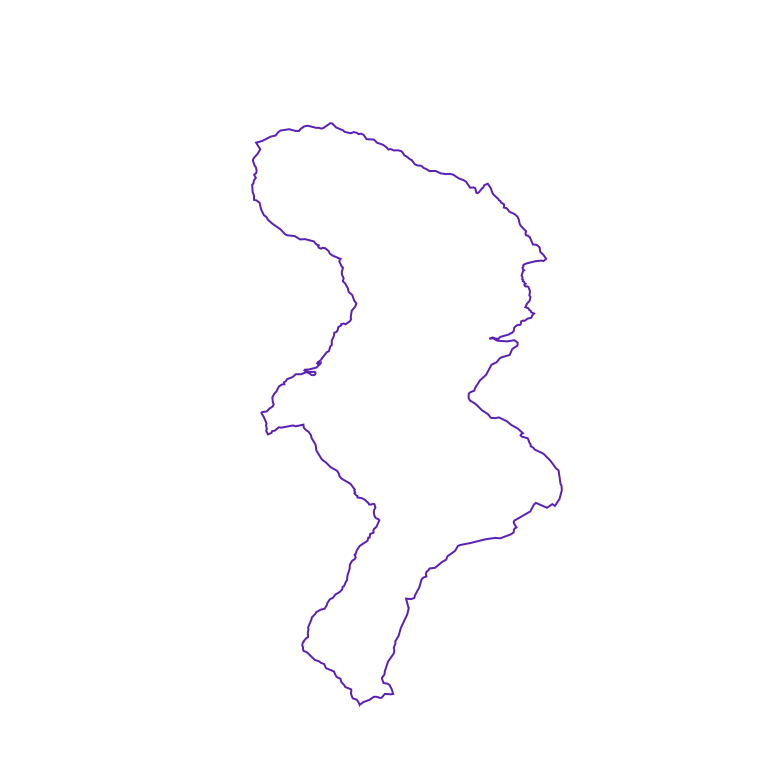 the district of Pamplona, Norte de Santander, Colombia, rotated 60°
{"feature_id": "7082276B8319460942471", "entity_name": "Pamplona", "entity_type": "district", "adm_level": 2, "iso_a3": "COL", "parent_name": "Colombia", "parent_adm1": "Norte de Santander", "projection": "mercator", "projection_center": [-72.675, 7.367], "detail": "fine", "context": "isolated", "style": "outline", "palette": "violet", "viewbox_px": 768, "rotation_deg": 60, "n_neighbors": 0, "source": "geoboundaries", "source_scale": "gbopen_adm2", "svg_char_len": 6165}
<svg xmlns="http://www.w3.org/2000/svg" viewBox="0 0 768 768"><g transform="rotate(60 384 384)"><path d="M569.6,585.6L571.4,585.7L573.3,586.8L575.1,587.1L577.5,585.0L588.3,581.9L591.5,579.0L594.1,578.0L596.5,575.9L601.1,576.3L607.9,571.1L612.9,571.6L614.6,571.2L617.3,569.1L620.6,570.0L625.0,569.0L627.1,569.0L631.8,565.3L632.9,565.4L635.8,567.5L639.8,568.2L640.9,568.0L643.7,565.5L647.3,565.2L649.7,565.5L649.2,564.7L649.6,563.5L649.1,561.2L650.3,554.2L649.8,549.2L651.3,546.6L653.9,544.4L654.5,542.8L652.8,538.3L656.3,533.0L657.0,531.0L651.8,529.9L647.3,529.7L645.3,530.8L642.7,533.9L638.4,533.2L637.4,532.5L635.6,528.6L633.3,527.0L626.4,519.3L622.3,510.4L620.0,508.3L617.4,507.5L614.6,504.0L612.4,502.7L609.4,497.3L603.8,491.5L595.1,479.0L590.2,474.4L589.3,474.5L580.9,472.2L583.8,468.2L584.5,464.8L582.3,462.6L578.0,455.4L571.8,448.9L571.3,446.5L571.9,443.5L569.5,442.8L567.8,441.0L567.7,439.0L566.5,436.8L568.7,431.7L567.2,423.0L567.2,417.9L565.0,415.4L564.0,405.8L561.2,401.0L561.5,398.6L564.9,388.8L569.3,373.5L573.0,364.4L575.8,360.5L577.6,349.4L577.4,346.0L575.1,344.2L574.5,343.1L574.5,341.0L569.6,341.1L568.3,340.6L567.5,339.4L567.5,321.1L563.4,314.4L562.9,311.9L572.7,304.7L572.2,298.3L575.0,296.9L571.4,289.6L565.0,283.2L561.1,281.2L558.9,281.1L546.0,276.0L543.2,277.2L533.7,278.2L524.0,280.8L516.4,286.1L513.8,286.6L511.0,288.1L509.4,287.2L507.4,287.4L502.9,286.6L498.5,291.0L496.7,291.4L496.1,290.2L496.1,288.3L489.8,290.3L483.0,294.3L477.5,296.3L470.4,301.2L469.2,304.7L467.1,308.0L466.1,308.5L462.4,308.9L455.7,312.3L447.2,314.6L441.3,317.8L439.0,317.8L437.0,317.0L434.7,315.2L434.3,313.3L434.9,309.1L433.0,307.1L428.8,299.0L427.1,291.0L421.0,281.2L421.5,275.7L419.7,271.0L419.6,269.0L421.7,260.7L417.8,255.4L417.5,249.2L415.0,247.6L411.3,249.2L408.7,256.0L403.7,263.5L402.4,264.8L399.0,266.6L397.4,270.2L398.0,266.7L400.8,264.3L402.1,262.2L401.4,259.7L403.6,250.8L403.3,249.3L403.8,248.1L403.0,245.2L400.4,243.1L399.9,241.6L399.6,239.3L400.9,236.1L398.3,233.7L398.6,231.8L399.6,230.8L399.2,226.9L400.3,223.3L398.7,221.3L398.0,218.8L395.4,220.7L394.1,220.3L392.3,221.2L390.6,221.1L388.2,223.2L385.8,219.7L384.8,216.4L382.0,213.7L379.9,213.8L376.8,211.2L372.3,210.4L371.0,211.2L370.3,212.7L369.3,213.0L368.3,212.8L368.0,211.3L367.0,211.9L365.4,211.6L364.3,212.3L363.6,211.5L362.4,211.9L361.0,210.8L358.8,210.6L355.7,207.0L355.6,205.8L354.3,206.3L352.4,205.8L352.0,204.6L350.5,203.6L350.8,200.4L353.3,191.8L355.7,186.2L357.3,184.3L356.7,181.0L352.4,181.3L347.8,182.6L343.4,180.9L339.9,182.2L337.5,185.3L329.9,184.3L327.4,185.3L326.2,186.7L324.6,186.4L322.8,184.6L315.4,186.5L313.1,186.4L308.4,184.9L305.7,184.8L302.4,185.8L297.4,189.3L293.3,189.8L291.1,192.0L289.1,190.4L288.1,190.3L285.4,192.0L283.8,191.7L282.3,192.6L281.0,192.5L274.7,194.5L272.6,194.6L268.1,193.6L262.4,194.0L262.0,197.7L263.5,199.8L263.7,201.6L265.4,205.8L265.4,207.8L264.5,208.4L260.1,207.1L258.6,208.1L257.0,211.3L249.7,211.8L246.8,213.5L243.4,216.4L237.2,219.5L234.9,221.9L233.3,225.3L229.8,229.7L225.3,232.8L222.3,238.2L219.1,239.8L216.8,241.6L214.0,242.5L212.7,243.7L211.7,245.5L209.3,247.4L203.8,248.1L202.4,249.2L199.2,250.2L196.1,252.1L192.9,252.1L191.0,252.6L188.6,255.0L186.6,258.8L184.0,260.6L183.1,263.0L181.0,263.2L176.4,265.2L171.5,269.4L167.3,270.5L163.2,276.7L157.9,277.1L155.5,279.0L155.0,281.0L153.0,281.9L150.7,284.3L150.2,287.5L145.9,292.1L144.0,292.5L137.9,297.2L132.4,298.6L131.9,299.1L131.3,300.3L132.0,308.5L131.5,310.5L129.5,312.4L128.4,314.5L122.2,320.9L121.0,324.4L121.5,329.1L122.4,331.1L120.5,334.2L115.9,338.8L112.8,346.8L113.0,349.6L114.6,353.6L113.1,358.5L112.7,367.8L111.0,374.1L118.8,373.8L121.2,377.8L123.5,384.4L125.0,385.8L129.7,386.8L132.2,386.6L135.2,387.5L137.3,389.0L138.0,391.9L141.4,391.9L142.7,394.9L145.0,396.8L145.5,398.5L152.3,401.9L155.6,402.3L159.6,404.5L161.4,402.5L164.9,401.1L171.2,403.1L177.8,403.6L180.4,402.4L183.7,402.4L189.4,400.5L198.3,396.3L204.5,394.9L206.8,393.5L211.3,387.3L216.8,384.4L219.1,379.9L225.5,373.4L229.4,372.8L231.3,371.2L232.1,372.3L233.8,372.1L235.5,370.6L235.3,369.2L237.0,367.0L241.2,365.5L244.0,365.7L247.1,364.3L254.0,359.1L254.3,360.2L255.5,361.4L261.0,361.9L262.8,361.4L266.0,364.6L268.3,365.7L272.3,366.1L274.4,368.3L277.2,367.4L282.8,367.4L286.7,368.6L291.0,367.0L296.9,368.1L300.3,367.6L302.6,370.2L304.4,375.3L309.6,379.5L311.4,380.1L312.5,381.9L313.1,387.5L311.5,388.6L310.7,391.1L311.9,391.7L311.9,395.1L314.5,397.6L315.1,399.3L314.8,401.5L317.4,403.4L320.3,407.6L324.0,409.6L324.7,411.8L328.0,415.3L327.9,417.9L331.8,427.3L332.1,430.8L332.7,431.6L333.5,431.3L334.0,428.2L334.5,428.6L336.0,434.2L333.9,441.7L332.1,445.3L332.4,446.1L333.8,445.6L336.5,442.4L338.8,437.9L340.2,437.7L341.3,439.0L341.3,440.2L340.1,442.2L337.0,443.5L335.0,445.2L334.0,451.2L331.4,455.5L332.3,459.5L331.4,465.5L332.6,468.0L332.5,469.8L334.4,470.5L333.4,472.5L333.6,476.3L336.7,480.9L337.5,483.8L339.8,487.4L344.0,489.3L346.4,489.7L347.8,491.5L348.1,495.8L349.0,498.6L348.8,500.3L347.4,503.3L347.8,504.7L352.7,504.6L359.5,505.5L360.9,506.9L364.5,508.0L365.6,509.5L369.6,509.7L370.1,505.8L368.9,504.5L369.8,501.9L368.9,496.7L370.5,494.7L374.4,483.5L376.5,481.6L378.9,474.1L381.7,475.3L385.1,474.5L387.7,473.2L392.0,472.8L394.1,473.7L402.3,473.6L407.7,475.8L417.4,475.6L420.2,474.9L422.5,473.6L429.2,471.9L435.6,468.1L438.9,467.9L441.6,468.6L444.7,468.1L453.8,462.9L460.9,462.1L461.5,463.1L463.4,463.1L463.8,464.3L466.3,463.8L467.7,463.0L469.0,463.7L471.7,460.4L474.2,458.7L479.4,457.0L481.0,457.1L482.0,455.4L482.1,454.2L482.9,452.6L483.5,452.4L486.8,453.3L488.1,455.5L490.0,457.0L493.3,458.2L495.8,458.2L498.3,456.5L499.6,456.1L504.0,462.1L504.5,465.2L505.8,466.7L507.5,467.3L507.0,471.1L509.8,473.3L509.2,474.4L511.5,476.6L512.1,486.1L514.4,490.6L517.1,493.7L517.1,494.7L520.0,495.2L521.0,497.0L521.2,500.1L523.6,504.1L526.9,506.2L531.5,511.3L535.6,514.3L536.1,515.7L539.0,519.6L539.0,521.2L541.0,522.9L542.0,526.6L542.0,531.3L543.7,535.3L543.3,538.3L545.2,542.3L547.0,544.2L548.9,547.7L547.8,551.6L547.7,556.9L548.7,558.2L550.1,563.3L551.6,564.5L556.9,571.5L558.7,572.0L560.9,574.1L565.2,576.3L565.2,578.0L566.4,581.8L567.2,582.4L567.2,583.5L569.6,585.6Z" fill="none" stroke="#5b21b6" stroke-width="2"/></g></svg>